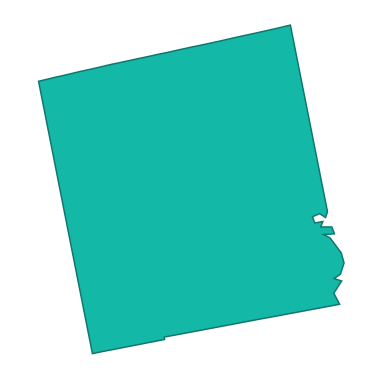 Vernon, Missouri, United States of America, rotated 77°
{"feature_id": "52423323B19067451424478", "entity_name": "Vernon", "entity_type": "district", "adm_level": 2, "iso_a3": "USA", "parent_name": "United States of America", "parent_adm1": "Missouri", "projection": "natural_earth1", "projection_center": [-94.432, 37.85], "detail": "fine", "context": "isolated", "style": "filled", "palette": "teal", "viewbox_px": 384, "rotation_deg": 77, "n_neighbors": 0, "source": "geoboundaries", "source_scale": "gbopen_adm2", "svg_char_len": 777}
<svg xmlns="http://www.w3.org/2000/svg" viewBox="0 0 384 384"><g transform="rotate(77 192 192)"><path d="M51.6,73.2L51.4,101.5L51.3,104.4L51.2,115.1L51.2,127.5L51.2,128.4L51.2,132.0L51.1,134.3L51.1,136.9L51.1,138.5L50.9,150.0L50.8,156.1L50.7,159.0L50.6,168.5L50.5,173.9L50.5,177.6L50.5,183.6L50.3,190.9L50.2,194.9L50.2,199.8L50.0,211.3L49.5,240.8L49.5,268.3L49.4,273.1L49.5,293.4L49.6,295.0L49.5,295.6L49.4,298.4L49.5,304.2L49.6,316.6L327.1,325.4L327.3,316.2L329.5,251.9L327.1,251.8L330.9,159.5L334.6,73.4L322.5,76.6L312.4,66.2L308.3,73.0L305.5,65.9L295.4,59.8L284.8,60.3L267.8,67.8L263.1,73.4L264.8,62.6L257.5,63.6L255.0,74.5L250.2,71.1L249.8,79.3L243.2,80.2L241.8,72.6L246.9,67.6L241.7,64.4L51.5,58.6L51.6,73.2Z" fill="#14b8a6" stroke="#0f766e" stroke-width="1.5"/></g></svg>